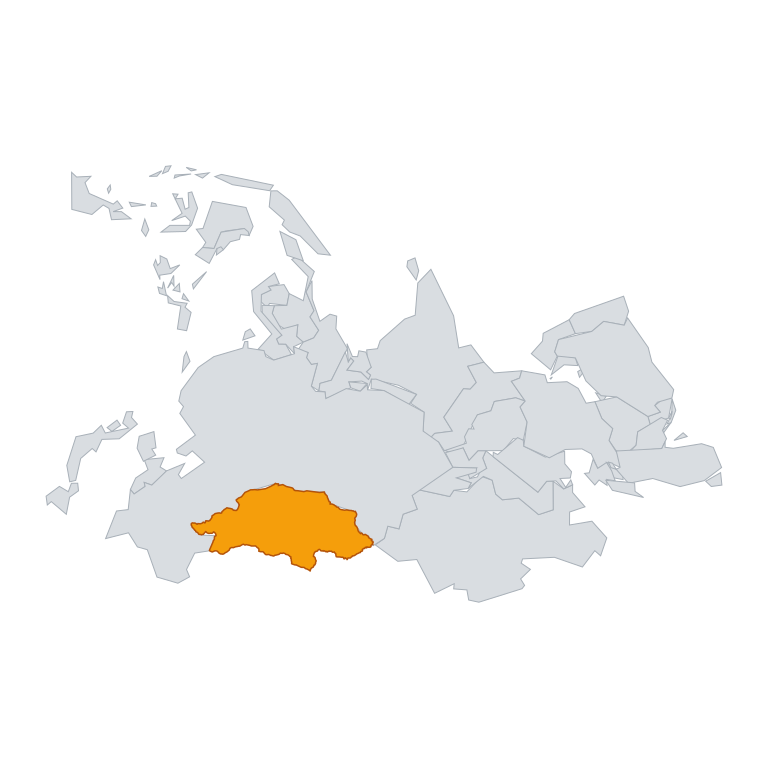 where Mongolia sits in Asia, rotated 180°
{"feature_id": "MNG", "entity_name": "Mongolia", "entity_type": "country or territory", "adm_level": 0, "iso_a3": "MNG", "parent_name": "Asia", "parent_adm1": "", "projection": "mercator", "projection_center": [102.872, 46.856], "detail": "fine", "context": "in_parent", "style": "filled", "palette": "amber", "viewbox_px": 768, "rotation_deg": 180, "n_neighbors": 45, "source": "natural_earth", "source_scale": "50m", "svg_char_len": 18772}
<svg xmlns="http://www.w3.org/2000/svg" viewBox="0 0 768 768"><g transform="rotate(180 384 384)"><path d="M392.7,223.1L383.6,229.6L380.2,241.8L369.0,239.1L364.9,253.8L350.8,258.8L355.9,272.5L352.5,278.9L318.3,271.5L314.2,277.7L301.1,276.1L286.7,291.6L275.8,287.8L272.3,273.9L265.6,268.2L249.2,269.9L229.4,253.4L214.8,258.2L215.0,286.8L204.3,279.1L195.4,283.2L195.4,275.5L183.0,261.2L198.4,256.0L198.5,243.0L176.1,246.8L161.2,230.1L167.4,212.2L173.2,217.3L185.6,201.0L213.6,210.7L245.4,209.1L246.8,204.8L237.6,198.6L247.4,189.1L243.4,182.6L246.0,179.3L289.1,165.8L299.3,168.0L301.1,178.1L314.3,179.1L313.8,184.3L333.4,174.7L351.2,208.5L370.2,206.7L392.7,223.1Z" fill="#d9dde1" stroke="#a8b0b8" stroke-width="1"/><path d="M215.0,286.8L214.8,258.2L229.4,253.4L249.2,269.9L265.6,268.2L272.3,273.9L275.8,287.8L284.6,291.6L299.9,279.5L296.8,285.2L311.7,290.1L304.5,295.5L297.8,294.9L298.2,289.4L290.6,291.1L286.1,300.0L281.4,299.6L285.3,310.0L282.1,317.2L230.1,275.8L221.4,286.7L215.0,286.8Z" fill="#d9dde1" stroke="#a8b0b8" stroke-width="1"/><path d="M696.2,558.6L696.4,595.7L691.4,591.0L677.1,591.7L683.0,585.4L678.8,574.5L654.7,563.9L650.8,567.2L645.2,559.9L654.9,556.4L646.6,556.4L636.9,549.2L656.5,548.3L659.0,559.6L664.8,563.0L676.1,553.5L696.2,558.6ZM605.5,594.4L602.5,601.6L597.0,602.2L599.9,596.7L605.5,594.4ZM657.8,583.0L657.2,578.7L659.4,574.8L660.7,579.1L657.8,583.0ZM565.4,520.5L562.2,525.6L571.7,538.8L565.0,539.5L555.6,566.6L522.0,560.5L514.9,541.6L518.9,532.5L523.7,539.5L542.3,537.0L546.9,535.8L554.0,519.5L565.4,520.5ZM622.1,563.1L636.6,561.4L638.7,565.8L622.1,563.1ZM616.3,565.4L612.4,564.3L611.3,561.9L617.0,561.6L616.3,565.4ZM622.3,531.6L626.5,537.5L623.2,549.0L619.2,538.2L622.3,531.6ZM582.4,536.5L607.0,535.9L598.2,542.6L578.4,542.6L577.6,546.8L582.7,551.9L596.3,547.4L585.9,554.7L595.3,574.2L590.0,573.8L592.8,569.2L585.8,569.8L582.9,558.8L579.1,560.5L579.8,575.2L576.2,576.1L570.4,559.8L576.4,543.0L582.4,536.5ZM581.8,600.6L571.5,598.2L576.8,597.1L581.8,600.6ZM576.9,594.0L588.7,592.0L593.8,589.9L593.0,593.0L576.9,594.0ZM565.5,589.9L572.4,593.4L558.9,595.2L565.5,589.9ZM498.4,577.3L535.6,583.3L553.1,591.4L546.6,593.6L494.6,582.8L498.4,577.3ZM483.6,547.9L498.8,561.2L497.1,577.1L490.8,577.2L478.8,567.8L437.6,512.8L450.0,514.2L467.8,532.0L478.3,536.0L485.9,543.3L483.6,547.9Z" fill="#d9dde1" stroke="#a8b0b8" stroke-width="1"/><path d="M606.2,597.3L611.0,591.8L618.9,591.6L606.2,597.3Z" fill="#d9dde1" stroke="#a8b0b8" stroke-width="1"/><path d="M101.0,344.0L96.2,353.5L95.9,369.0L92.2,357.8L96.9,345.3L101.0,344.0Z" fill="#d9dde1" stroke="#a8b0b8" stroke-width="1"/><path d="M105.5,337.7L97.1,345.3L104.5,335.0L105.5,337.7Z" fill="#d9dde1" stroke="#a8b0b8" stroke-width="1"/><path d="M99.4,350.0L95.9,356.9L97.4,349.0L99.4,350.0Z" fill="#d9dde1" stroke="#a8b0b8" stroke-width="1"/><path d="M99.4,350.0L117.8,343.3L120.1,351.5L107.7,355.9L113.3,362.5L102.4,371.0L95.9,369.0L99.4,350.0Z" fill="#d9dde1" stroke="#a8b0b8" stroke-width="1"/><path d="M190.2,402.4L203.9,403.2L216.7,393.2L209.6,413.2L192.6,410.1L190.2,402.4Z" fill="#d9dde1" stroke="#a8b0b8" stroke-width="1"/><path d="M185.8,399.2L185.4,394.7L188.5,390.7L190.3,396.4L185.8,399.2Z" fill="#d9dde1" stroke="#a8b0b8" stroke-width="1"/><path d="M166.0,365.4L172.3,375.2L161.8,371.7L166.0,365.4Z" fill="#d9dde1" stroke="#a8b0b8" stroke-width="1"/><path d="M120.1,351.5L117.8,343.3L130.3,336.2L131.9,322.8L140.4,315.5L151.7,317.0L159.0,327.5L155.3,339.3L166.2,349.5L173.1,366.3L151.3,371.1L120.1,351.5Z" fill="#d9dde1" stroke="#a8b0b8" stroke-width="1"/><path d="M210.7,411.9L217.4,398.2L236.7,414.3L225.5,426.9L224.8,434.7L198.8,448.3L192.6,434.4L209.5,428.4L213.3,416.2L210.7,411.9ZM217.9,389.5L215.6,391.1L217.2,388.9L217.9,389.5Z" fill="#d9dde1" stroke="#a8b0b8" stroke-width="1"/><path d="M478.8,474.4L481.1,462.6L498.4,464.6L501.0,460.5L507.3,466.6L506.6,473.5L497.1,478.0L499.6,481.5L484.0,483.4L478.8,474.4Z" fill="#d9dde1" stroke="#a8b0b8" stroke-width="1"/><path d="M493.7,462.3L481.1,462.6L478.8,474.4L464.7,467.3L459.8,491.4L476.3,508.6L470.7,511.6L453.7,496.5L461.9,476.1L454.0,457.3L458.0,451.1L449.3,437.7L454.3,430.1L464.8,425.8L471.4,431.6L470.2,443.2L482.3,438.5L490.9,443.7L495.8,454.7L493.7,462.3Z" fill="#d9dde1" stroke="#a8b0b8" stroke-width="1"/><path d="M506.0,462.7L493.7,462.3L495.8,454.7L486.6,438.9L470.2,443.2L471.4,431.6L464.8,425.8L474.4,421.3L473.5,414.3L482.3,423.7L489.3,423.8L491.5,429.0L486.2,432.8L505.6,452.7L506.0,462.7Z" fill="#d9dde1" stroke="#a8b0b8" stroke-width="1"/><path d="M464.8,425.8L454.3,430.1L449.3,437.7L458.0,451.1L454.0,457.3L461.9,476.1L456.0,487.4L455.8,469.0L448.1,446.7L438.0,453.8L431.3,451.9L432.1,439.1L420.6,419.4L436.6,387.8L448.0,384.6L449.1,377.1L456.7,381.9L450.6,404.6L456.6,403.5L461.5,410.4L459.9,415.5L470.7,417.1L464.8,425.8Z" fill="#d9dde1" stroke="#a8b0b8" stroke-width="1"/><path d="M488.7,484.2L499.6,481.5L497.1,478.0L506.6,473.5L507.0,456.8L486.2,432.8L491.5,429.0L489.3,423.8L482.3,423.7L476.5,413.4L494.3,407.9L509.7,419.0L496.2,434.0L514.4,456.4L516.3,477.4L493.4,495.1L488.7,484.2Z" fill="#d9dde1" stroke="#a8b0b8" stroke-width="1"/><path d="M637.6,278.5L632.3,290.0L620.0,298.3L623.8,308.4L604.0,310.3L607.9,301.0L601.5,297.1L606.1,292.3L616.2,282.9L623.8,285.6L622.9,281.6L633.9,274.0L637.6,278.5Z" fill="#d9dde1" stroke="#a8b0b8" stroke-width="1"/><path d="M612.3,312.9L624.6,306.7L630.9,319.8L628.8,331.7L614.1,336.4L612.0,320.2L616.2,319.0L612.3,312.9Z" fill="#d9dde1" stroke="#a8b0b8" stroke-width="1"/><path d="M449.1,377.1L448.0,384.6L436.6,387.8L422.7,416.0L419.7,406.2L417.3,410.2L414.2,407.0L421.0,397.9L407.1,396.0L399.5,388.6L397.5,392.9L401.6,396.2L396.8,400.8L400.2,402.5L401.3,418.1L390.5,419.3L387.8,427.4L363.4,448.9L352.8,452.8L350.2,485.0L337.1,498.7L314.4,452.2L309.3,420.1L297.1,423.1L284.1,405.8L300.3,401.7L291.7,385.5L297.9,378.8L304.5,379.3L324.2,350.8L315.6,336.9L333.3,334.6L338.8,328.8L344.9,336.9L343.9,355.8L357.3,364.6L351.5,373.6L369.7,382.8L396.6,388.8L400.4,378.2L401.0,384.5L406.2,386.9L419.1,386.1L417.2,380.2L442.2,369.4L443.0,376.1L449.1,377.1Z" fill="#d9dde1" stroke="#a8b0b8" stroke-width="1"/><path d="M419.7,406.2L421.0,424.3L415.6,411.5L410.4,411.3L409.1,417.2L402.1,415.9L396.8,400.8L401.6,396.2L397.5,392.9L399.5,388.6L407.1,396.0L421.0,397.9L414.2,407.0L417.3,410.2L419.7,406.2Z" fill="#d9dde1" stroke="#a8b0b8" stroke-width="1"/><path d="M417.2,380.2L419.1,386.1L401.0,384.5L407.7,376.8L417.2,380.2Z" fill="#d9dde1" stroke="#a8b0b8" stroke-width="1"/><path d="M397.0,379.5L396.6,388.8L391.9,388.9L351.5,373.6L359.6,363.0L384.0,377.4L397.0,379.5Z" fill="#d9dde1" stroke="#a8b0b8" stroke-width="1"/><path d="M338.8,328.8L333.3,334.6L315.6,336.9L324.2,350.8L304.5,379.3L297.9,378.8L291.7,385.5L300.3,401.7L284.1,405.8L273.9,395.1L246.3,397.2L248.4,389.9L256.6,386.7L242.8,366.9L252.3,370.2L273.7,366.5L277.1,357.2L290.6,353.2L304.9,321.7L323.6,317.3L329.5,326.0L338.8,328.8Z" fill="#d9dde1" stroke="#a8b0b8" stroke-width="1"/><path d="M264.7,317.4L289.9,317.2L299.0,307.6L304.9,320.1L312.9,314.7L323.6,317.3L301.6,324.8L303.5,331.2L299.4,339.2L294.0,339.0L296.2,343.5L290.6,353.2L277.1,357.2L273.7,366.5L252.3,370.2L242.8,366.9L247.9,361.0L240.9,346.0L244.7,327.7L254.7,329.4L264.7,317.4Z" fill="#d9dde1" stroke="#a8b0b8" stroke-width="1"/><path d="M282.1,317.2L285.3,310.0L281.4,299.6L298.2,289.4L300.2,294.7L291.4,300.0L315.2,300.7L322.6,315.3L304.9,320.1L299.0,307.6L289.9,317.2L282.1,317.2Z" fill="#d9dde1" stroke="#a8b0b8" stroke-width="1"/><path d="M299.9,279.5L314.2,277.7L318.3,271.5L352.5,278.9L315.2,300.7L291.4,300.0L291.9,295.8L311.7,290.1L296.8,285.2L299.9,279.5Z" fill="#d9dde1" stroke="#a8b0b8" stroke-width="1"/><path d="M195.4,283.2L204.3,279.1L212.1,287.1L221.4,286.7L230.1,275.8L274.9,311.3L274.7,315.7L270.3,313.5L250.4,330.4L244.7,327.7L244.2,321.8L222.7,310.9L203.4,316.8L203.2,304.2L196.5,296.3L197.7,290.0L208.0,289.5L202.3,280.6L197.2,288.1L195.4,283.2Z" fill="#d9dde1" stroke="#a8b0b8" stroke-width="1"/><path d="M173.1,366.3L166.2,349.5L155.3,339.3L159.0,327.5L148.6,311.3L147.9,300.7L159.4,305.8L170.3,299.6L176.7,314.1L186.0,319.1L202.9,318.5L218.7,310.2L244.2,321.8L240.9,346.0L247.9,361.0L242.8,366.9L256.6,386.7L248.4,389.9L246.3,397.2L223.1,393.1L220.7,385.3L201.0,386.3L189.8,379.6L181.9,364.8L173.1,366.3Z" fill="#d9dde1" stroke="#a8b0b8" stroke-width="1"/><path d="M100.4,347.8L105.5,337.7L101.5,329.4L106.2,319.5L137.9,316.6L131.9,322.8L130.3,336.2L106.7,350.5L100.4,347.8Z" fill="#d9dde1" stroke="#a8b0b8" stroke-width="1"/><path d="M161.5,305.5L145.3,294.7L144.9,288.4L156.1,290.5L161.5,305.5Z" fill="#d9dde1" stroke="#a8b0b8" stroke-width="1"/><path d="M151.7,317.0L106.2,319.5L102.9,326.5L102.9,320.7L94.7,319.7L66.4,324.3L54.7,320.6L46.4,300.5L63.8,287.4L87.9,281.4L115.3,289.5L139.5,284.7L151.8,298.7L147.9,300.7L151.7,317.0ZM46.1,282.9L56.7,281.5L62.3,286.8L47.4,295.4L46.1,282.9Z" fill="#d9dde1" stroke="#a8b0b8" stroke-width="1"/><path d="M361.1,501.2L360.3,507.1L353.0,510.1L349.3,497.3L351.8,488.0L361.1,501.2Z" fill="#d9dde1" stroke="#a8b0b8" stroke-width="1"/><path d="M517.8,439.1L513.0,432.2L525.2,427.9L522.7,436.3L517.8,439.1ZM315.2,300.7L355.9,272.5L350.8,258.8L364.9,253.8L369.0,239.1L380.2,241.8L383.6,229.6L394.9,222.3L413.1,242.8L412.9,255.8L437.6,264.2L443.5,276.0L469.0,276.5L492.3,284.6L516.5,277.6L531.1,268.1L528.4,262.4L531.4,257.3L540.4,259.7L562.8,244.5L575.5,244.4L566.4,232.9L551.8,232.3L558.6,217.2L573.3,214.9L581.5,198.5L578.4,191.2L590.1,184.8L611.0,190.9L620.7,218.3L630.6,221.1L639.5,235.2L662.4,229.4L651.5,257.0L639.8,258.4L637.6,278.5L633.9,274.0L622.9,281.6L623.8,285.6L616.2,282.9L601.5,297.1L583.3,304.6L589.6,293.4L586.7,289.5L563.4,305.8L575.7,317.1L582.0,312.0L590.7,315.0L591.6,318.7L572.6,332.9L588.2,354.6L584.5,361.4L589.2,366.9L586.9,377.3L569.8,400.5L554.1,411.4L525.2,419.9L523.3,426.3L520.2,426.6L520.0,419.9L504.0,417.4L502.2,411.4L494.3,407.9L473.5,414.3L474.4,421.3L459.9,415.5L461.5,410.4L456.6,403.5L450.6,404.6L456.7,381.9L452.4,376.6L443.0,376.1L442.2,369.4L421.8,379.4L407.7,376.8L400.9,383.2L400.4,378.2L384.0,377.4L343.9,355.8L344.9,336.9L329.5,326.0L315.2,300.7Z" fill="#d9dde1" stroke="#a8b0b8" stroke-width="1"/><path d="M585.8,395.9L584.0,411.4L581.6,416.4L578.0,406.7L585.8,395.9Z" fill="#d9dde1" stroke="#a8b0b8" stroke-width="1"/><path d="M160.9,282.6L168.9,288.0L173.2,283.0L183.5,294.6L178.8,295.2L174.9,308.8L170.3,299.6L161.5,305.5L156.4,297.3L152.8,287.2L161.4,288.6L160.9,282.6ZM159.4,305.8L155.5,304.8L151.8,298.7L157.1,300.4L159.4,305.8Z" fill="#d9dde1" stroke="#a8b0b8" stroke-width="1"/><path d="M124.4,270.5L155.6,277.7L162.2,287.7L133.4,285.1L132.9,276.6L124.4,270.5Z" fill="#d9dde1" stroke="#a8b0b8" stroke-width="1"/><path d="M584.5,474.3L579.2,467.0L586.0,469.3L584.5,474.3ZM594.3,492.6L594.0,481.9L596.3,485.5L600.4,479.9L594.3,492.6ZM608.0,488.4L614.4,503.1L612.4,508.3L610.4,502.5L607.7,505.4L607.9,512.3L601.2,509.0L597.8,499.4L588.2,503.1L597.1,494.5L608.3,492.8L608.0,488.4ZM575.6,483.8L561.4,496.4L574.6,479.1L575.6,483.8ZM590.6,439.0L587.2,462.0L599.7,465.1L600.4,472.4L593.9,466.5L580.9,464.7L583.0,460.8L576.9,455.6L581.4,437.3L590.6,439.0ZM588.7,484.5L588.0,476.1L595.0,477.9L588.7,484.5ZM608.5,474.6L610.1,481.0L605.7,479.5L604.5,486.3L601.5,472.3L608.5,474.6Z" fill="#d9dde1" stroke="#a8b0b8" stroke-width="1"/><path d="M464.7,507.2L480.9,512.6L488.1,536.6L472.1,528.3L464.7,507.2ZM565.4,520.5L554.0,519.5L546.9,535.8L523.7,539.5L519.8,536.3L518.9,532.5L527.4,533.4L528.5,528.6L537.7,526.3L544.6,518.3L551.0,519.5L558.8,504.6L572.7,513.3L565.4,520.5Z" fill="#d9dde1" stroke="#a8b0b8" stroke-width="1"/><path d="M551.6,513.0L551.0,519.5L547.1,521.2L544.6,518.3L551.6,513.0Z" fill="#d9dde1" stroke="#a8b0b8" stroke-width="1"/><path d="M701.2,302.6L692.0,331.3L674.8,334.9L666.7,342.7L662.7,335.0L639.5,339.9L645.3,344.9L641.5,356.2L635.1,356.5L636.5,350.5L630.6,343.9L648.8,329.2L666.1,328.6L672.0,316.1L675.8,319.5L687.3,309.6L692.3,287.6L698.3,286.2L701.2,302.6ZM716.7,266.4L720.7,263.0L721.9,271.8L708.6,281.6L699.7,276.3L696.6,284.7L690.3,284.8L689.5,277.2L698.4,270.8L701.7,253.7L716.7,266.4ZM647.4,342.7L656.1,336.6L660.9,340.4L651.0,347.9L647.4,342.7Z" fill="#d9dde1" stroke="#a8b0b8" stroke-width="1"/><path d="M192.6,434.4L198.8,448.3L193.5,454.5L144.4,471.8L139.4,456.8L143.8,442.8L164.3,446.6L176.2,436.6L192.6,434.4Z" fill="#d9dde1" stroke="#a8b0b8" stroke-width="1"/><path d="M96.1,370.0L110.5,365.8L113.3,362.5L107.7,355.9L120.1,351.5L151.3,371.1L166.9,372.3L182.1,387.1L192.6,410.1L210.7,411.9L213.3,416.2L209.5,428.4L176.2,436.6L164.3,446.6L143.8,442.8L140.4,450.1L119.8,420.5L116.1,405.9L94.3,378.4L96.1,370.0Z" fill="#d9dde1" stroke="#a8b0b8" stroke-width="1"/><path d="M94.0,327.6L84.9,335.2L80.8,331.5L94.0,327.6Z" fill="#d9dde1" stroke="#a8b0b8" stroke-width="1"/><path d="M395.2,223.5L395.9,223.5L396.9,222.7L397.0,222.3L397.0,221.6L397.4,221.0L398.5,220.7L398.8,220.8L399.9,220.7L400.5,221.0L401.0,221.0L401.1,220.7L401.2,220.3L401.4,220.2L401.8,220.7L402.0,220.8L402.6,220.6L403.0,220.3L403.1,219.7L403.3,219.5L403.6,219.6L404.2,219.6L404.6,219.2L405.6,218.7L405.7,218.4L405.5,217.8L405.6,217.1L406.2,216.7L406.9,216.6L407.5,216.3L407.6,215.6L407.9,215.4L408.9,215.2L410.5,214.3L411.3,214.2L411.9,213.5L412.3,213.3L413.4,212.5L415.2,212.0L415.6,212.1L415.8,211.6L416.2,211.2L416.6,211.1L417.3,210.3L417.8,210.0L420.0,210.0L420.4,209.3L420.6,208.7L420.9,208.5L421.3,209.1L422.2,209.8L422.5,210.1L422.8,210.1L423.1,209.9L423.3,209.3L423.8,209.2L424.2,209.3L424.6,210.4L425.2,210.8L426.1,210.7L428.1,211.0L430.7,211.1L431.7,211.3L431.9,211.7L432.2,213.5L432.2,214.2L432.5,214.6L432.8,214.7L433.4,215.4L433.7,216.0L434.3,215.8L435.5,215.8L436.0,216.1L436.1,216.5L436.5,216.8L438.1,216.7L438.4,216.9L438.9,217.0L439.1,216.7L439.9,216.5L440.4,216.1L440.7,216.1L441.2,216.6L441.5,216.4L441.7,216.2L441.9,216.2L442.9,216.6L443.3,217.1L443.7,217.1L444.4,216.9L444.6,217.1L444.9,217.3L445.6,217.0L447.1,217.2L447.8,217.9L448.0,218.3L448.4,218.6L449.2,218.5L450.3,217.6L450.5,217.0L451.3,216.7L452.0,216.7L452.5,216.2L452.9,216.1L453.5,215.5L454.3,213.5L454.5,211.9L454.5,211.5L454.1,211.3L453.7,211.2L453.0,210.5L452.7,209.4L452.6,208.6L451.9,207.4L451.9,206.8L452.4,205.8L452.4,204.8L452.6,204.2L452.8,203.9L453.1,203.2L453.5,202.9L453.9,202.9L454.1,202.7L454.2,202.1L454.6,201.2L454.9,200.8L456.5,200.0L457.2,199.1L457.4,198.6L457.7,197.6L457.9,197.1L458.3,197.3L458.7,197.9L459.0,197.9L460.8,198.9L462.6,199.4L463.7,200.5L464.4,200.6L466.8,200.7L471.1,202.7L472.0,203.2L472.5,203.0L473.1,203.1L476.1,204.1L476.4,204.5L476.4,205.0L476.3,205.4L476.4,206.3L476.6,206.8L476.8,208.2L476.7,208.8L476.8,209.2L477.1,209.4L477.3,209.8L477.1,210.6L477.1,211.0L477.4,211.4L478.2,211.5L478.6,212.1L479.4,212.8L480.4,213.3L482.1,213.6L482.5,213.9L482.9,214.4L483.5,214.6L484.7,215.0L485.7,214.6L487.3,214.8L487.8,214.7L488.8,213.8L489.5,213.5L490.2,213.4L490.7,213.2L492.4,212.8L493.0,212.8L494.0,212.1L494.7,212.0L496.4,212.5L497.4,212.6L498.6,213.3L499.4,213.5L501.4,213.3L502.2,213.4L503.5,214.5L504.0,215.4L505.1,216.3L507.4,216.3L509.0,216.7L509.2,216.9L509.1,217.5L509.1,218.9L509.3,219.2L509.5,219.3L509.7,219.8L510.7,220.4L511.8,221.5L512.4,222.0L512.9,222.1L513.6,222.0L516.5,222.0L517.7,222.4L518.1,222.6L521.9,223.4L522.6,223.0L523.2,223.0L524.4,223.7L524.8,223.7L525.5,223.5L528.3,221.8L528.9,221.9L530.6,221.5L532.5,221.2L534.2,220.5L534.9,220.3L536.0,220.5L536.7,220.4L538.1,219.6L538.7,218.0L541.0,216.1L542.7,215.3L543.8,214.4L545.1,213.8L545.6,213.9L547.6,214.1L549.1,215.0L549.6,215.7L550.6,216.7L551.5,217.1L553.1,217.2L555.5,216.1L556.0,216.1L556.7,216.4L557.9,216.9L558.3,217.3L558.6,217.7L554.9,226.3L554.9,226.8L554.5,227.6L553.7,228.5L553.6,229.6L553.6,230.5L553.5,231.4L552.0,232.3L552.2,233.9L552.6,234.5L553.1,235.2L554.2,236.1L554.7,235.9L555.2,235.2L556.0,234.7L557.6,234.8L558.4,234.6L559.0,234.6L559.8,234.7L560.8,235.1L561.5,235.6L562.0,236.3L562.4,236.4L563.0,235.6L563.5,235.1L564.7,233.6L565.9,233.5L566.3,233.3L566.9,233.2L567.4,233.5L568.9,233.6L569.3,233.9L570.4,235.5L571.8,236.1L572.2,236.4L572.4,237.2L572.6,237.5L573.4,237.9L573.6,238.4L574.7,239.7L575.7,240.6L576.0,241.1L576.0,241.6L576.2,242.0L576.8,243.0L576.7,243.6L576.8,244.0L576.6,244.5L575.7,245.1L575.2,245.1L574.4,244.9L573.6,245.0L572.6,244.8L571.9,244.4L571.5,244.0L570.8,243.8L570.5,243.9L570.1,244.4L569.7,244.3L569.3,244.4L567.8,244.2L566.5,244.6L565.5,245.0L565.0,245.7L564.6,245.8L564.2,245.8L563.5,245.2L562.9,245.3L562.7,245.4L562.4,246.5L562.4,246.9L562.3,247.1L561.9,247.2L560.3,247.1L559.6,246.9L559.2,247.0L558.6,247.4L558.2,247.5L557.9,247.7L557.7,248.3L556.8,249.3L555.9,251.0L556.1,251.7L555.9,252.2L555.4,252.6L555.0,252.7L554.4,253.1L552.9,254.4L550.0,255.0L548.6,255.1L547.6,254.8L547.1,254.8L546.6,255.0L546.3,255.2L546.2,255.9L545.8,256.5L544.4,257.7L543.9,258.4L543.6,258.6L542.7,259.0L541.4,260.0L541.1,260.2L539.5,259.8L538.0,259.6L536.1,259.1L535.5,258.8L534.9,258.0L534.4,257.7L532.7,257.6L532.3,257.5L531.5,257.6L530.7,258.4L530.0,259.5L529.5,260.7L529.2,262.0L528.8,262.8L528.7,263.2L528.9,263.5L529.2,263.9L529.4,264.5L529.8,265.2L531.2,266.6L531.7,267.5L531.8,268.0L531.7,268.3L531.4,268.6L530.8,268.7L529.5,270.0L529.3,270.0L526.5,271.2L523.4,275.1L523.0,275.6L519.1,277.3L517.6,278.1L517.0,278.2L515.9,278.2L513.4,278.4L510.4,278.1L502.5,279.3L497.4,281.6L494.3,283.3L493.6,283.5L492.8,284.5L492.4,284.6L491.7,284.2L489.6,284.1L489.6,282.5L485.2,283.4L481.6,281.5L476.4,280.3L475.4,279.9L474.8,279.3L473.9,278.0L473.6,277.7L472.7,277.4L470.4,277.3L464.1,276.4L461.2,277.2L448.4,275.5L443.7,276.0L443.5,275.8L443.5,275.0L443.2,274.4L442.5,273.8L442.0,273.1L441.1,272.3L440.8,271.7L440.7,270.9L439.2,267.2L438.9,266.4L438.6,266.2L437.9,266.0L437.7,265.8L437.7,265.2L438.0,264.0L437.9,263.9L436.2,264.0L434.3,263.3L433.0,262.3L432.3,262.0L431.4,261.0L430.0,260.7L429.5,260.3L428.8,259.5L428.3,258.9L427.5,258.6L426.2,258.3L423.4,257.8L422.2,258.0L421.3,258.1L419.9,257.8L419.1,257.6L416.6,257.5L415.8,257.1L415.0,257.2L414.5,257.0L414.0,256.6L413.5,256.4L413.0,256.4L412.8,256.6L412.6,256.6L412.4,256.0L411.9,255.2L411.8,254.8L411.3,253.9L411.6,252.2L412.1,251.2L412.4,251.0L413.3,249.8L413.2,249.2L413.0,248.6L412.8,247.8L412.8,247.4L413.1,246.9L413.4,245.7L413.4,245.4L413.3,245.2L413.2,243.9L412.5,242.2L411.6,241.8L410.4,239.5L410.3,239.1L410.2,238.4L410.0,237.6L409.6,236.9L409.5,236.4L409.4,236.2L408.7,236.0L408.2,235.6L408.0,235.1L407.9,234.7L407.4,234.4L407.1,234.8L406.6,234.9L406.3,234.9L405.6,234.2L405.1,233.4L404.7,233.2L403.8,233.2L403.0,233.6L402.2,233.4L401.5,232.7L401.0,232.6L399.5,231.6L399.5,230.8L399.2,230.2L398.6,230.0L398.0,229.4L396.2,228.7L396.1,228.3L396.6,227.7L396.6,227.4L396.4,227.2L395.3,226.7L395.2,226.3L394.8,225.9L394.9,225.6L395.5,225.2L395.6,224.9L395.3,224.6L395.2,224.2L395.3,223.9L395.2,223.5Z" fill="#f59e0b" stroke="#b45309" stroke-width="1.5"/></g></svg>